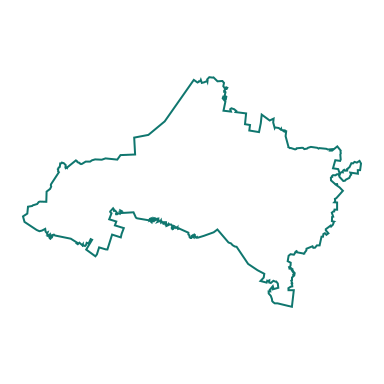 the district of Tecpatán, Chiapas, Mexico
{"feature_id": "50627088B96420175301119", "entity_name": "Tecpatán", "entity_type": "district", "adm_level": 2, "iso_a3": "MEX", "parent_name": "Mexico", "parent_adm1": "Chiapas", "projection": "albers", "projection_center": [-93.585, 17.19], "detail": "fine", "context": "isolated", "style": "outline", "palette": "teal", "viewbox_px": 384, "rotation_deg": 0, "n_neighbors": 0, "source": "geoboundaries", "source_scale": "gbopen_adm2", "svg_char_len": 5971}
<svg xmlns="http://www.w3.org/2000/svg" viewBox="0 0 384 384"><path d="M286.2,131.2L285.1,130.8L284.3,131.6L283.3,130.9L283.8,130.3L282.3,130.2L281.4,129.7L281.2,128.9L280.8,129.6L278.7,128.0L275.0,127.4L274.7,128.0L273.2,122.5L273.6,118.6L269.7,120.5L261.7,114.6L260.8,123.1L259.0,132.1L249.3,130.5L250.0,125.0L245.0,124.2L246.1,113.4L235.6,112.1L236.3,111.0L234.1,109.2L231.4,108.3L230.2,109.2L231.0,111.6L223.5,110.7L225.4,101.6L222.7,98.3L223.3,96.6L225.4,97.0L224.7,99.2L225.8,99.4L226.3,96.7L224.6,95.8L225.5,92.2L225.1,91.4L224.2,91.7L224.1,90.9L225.4,89.0L226.6,89.0L227.3,87.8L226.2,87.3L224.6,88.1L223.3,86.2L224.0,82.9L222.4,81.0L217.5,81.3L213.5,77.4L212.6,77.6L209.3,77.2L207.2,79.4L207.6,80.3L207.4,81.9L207.0,81.0L204.2,82.3L201.8,82.9L200.8,79.9L200.3,81.1L198.9,81.3L198.7,81.9L197.5,82.5L193.8,79.9L164.7,121.4L148.4,134.9L134.2,137.6L135.1,154.5L120.5,155.1L117.3,159.6L105.5,158.4L101.8,159.7L95.1,159.4L92.0,160.3L90.1,161.6L85.7,161.6L82.1,163.8L81.0,164.1L79.5,163.3L79.4,162.8L77.5,162.2L77.1,161.3L75.9,160.4L67.5,167.2L67.1,168.0L66.5,167.4L65.7,168.1L65.4,167.5L65.7,165.1L63.8,163.2L61.9,162.6L61.5,163.3L60.2,163.4L59.8,166.9L58.6,167.6L58.4,168.6L57.8,169.2L58.2,170.1L58.1,171.4L58.9,172.2L51.0,184.3L50.8,185.1L51.2,186.6L50.1,188.9L46.6,191.6L46.3,201.8L39.9,201.6L38.7,202.0L37.2,204.0L32.9,205.3L32.1,206.0L28.0,206.7L27.3,213.6L23.0,216.4L24.5,221.9L36.7,230.0L39.4,231.2L41.9,230.6L45.2,228.9L45.6,231.6L46.7,232.9L47.6,232.4L47.1,234.0L48.5,235.6L47.8,235.9L48.2,236.1L49.2,235.3L49.6,235.9L49.8,235.6L49.3,234.9L49.9,234.4L49.9,235.1L51.2,236.0L51.2,236.6L50.7,236.5L51.2,237.2L50.6,237.2L50.4,238.1L49.3,237.0L49.7,238.2L50.3,238.7L51.8,237.2L51.3,236.6L52.1,236.3L51.7,235.6L52.1,235.1L52.6,235.5L52.8,235.1L53.9,234.6L55.0,235.5L70.8,238.7L77.0,242.6L76.5,243.3L77.8,244.2L79.4,242.7L82.2,245.2L82.9,244.2L83.0,245.8L83.9,245.5L85.0,246.0L86.1,244.8L86.7,242.8L88.6,243.5L90.7,239.1L92.1,239.8L86.2,249.6L95.4,256.3L96.9,254.4L99.1,247.4L105.8,249.4L107.4,249.5L112.1,234.6L120.8,237.4L121.6,233.9L123.8,228.1L114.9,225.4L116.3,221.5L109.2,219.3L111.5,213.3L110.4,212.3L110.2,211.5L113.1,208.3L113.9,209.4L114.1,210.9L115.3,210.7L117.3,213.3L115.3,214.2L117.0,214.3L118.9,213.2L119.8,213.7L119.9,213.1L120.9,212.6L121.0,211.6L120.2,211.2L120.6,211.0L120.5,210.5L121.7,211.1L121.4,211.9L122.1,212.1L121.6,213.0L133.5,212.3L135.9,217.6L137.0,218.3L148.9,220.3L149.4,219.6L150.0,219.6L150.0,218.8L151.5,218.2L151.8,218.4L151.4,219.6L150.5,220.6L150.9,220.5L151.1,221.9L151.6,222.3L151.8,220.5L153.0,221.3L153.6,221.1L154.6,221.5L153.6,220.4L155.5,220.2L152.5,219.7L153.5,219.5L152.6,219.3L153.3,219.0L153.0,218.8L153.2,218.2L154.2,219.2L154.5,219.0L154.1,218.4L154.6,218.2L155.1,219.4L155.4,219.0L155.7,219.5L156.2,219.2L156.1,219.8L158.3,218.7L158.3,219.5L157.0,219.9L158.4,220.4L157.5,221.9L158.7,221.4L160.3,221.3L160.9,220.4L161.1,222.6L161.7,222.2L161.3,221.0L162.1,220.6L161.6,221.0L161.9,222.2L164.1,222.2L163.0,223.0L163.4,223.8L165.4,223.5L165.5,224.0L166.1,223.4L166.4,226.0L168.0,225.3L167.9,224.9L168.6,223.7L169.5,224.6L171.1,224.5L172.2,225.9L172.1,226.7L173.1,225.7L173.9,226.0L173.5,227.0L171.8,227.6L171.8,228.2L172.9,229.9L172.8,229.4L173.2,228.8L172.8,228.4L173.1,228.0L175.1,227.7L175.6,227.2L176.0,227.9L176.8,227.4L177.2,227.9L177.5,227.5L177.5,228.1L177.9,228.5L178.3,228.4L178.3,228.9L179.3,228.6L188.4,232.7L188.4,234.5L189.3,235.2L189.6,237.2L190.5,238.0L191.3,238.0L191.7,236.4L192.3,236.6L192.3,235.6L192.6,235.4L192.8,236.9L193.5,237.3L193.4,236.8L193.8,236.5L194.5,234.7L194.9,235.0L194.8,236.4L196.2,237.7L197.1,236.9L197.8,237.7L203.7,235.9L213.7,232.3L217.4,229.5L228.5,242.5L231.0,243.4L232.6,245.2L234.8,246.5L236.6,246.8L248.1,263.9L257.5,270.2L264.3,273.8L263.7,277.6L260.5,281.0L266.6,282.6L267.2,280.8L267.7,281.2L269.3,280.4L269.2,282.5L270.8,283.0L273.4,280.8L275.9,281.8L276.3,281.6L277.8,283.5L278.3,287.8L272.8,289.3L273.2,287.6L272.8,286.2L269.7,289.9L270.2,291.4L268.6,291.4L268.7,293.5L270.8,295.9L271.9,298.9L272.2,301.1L273.2,302.2L274.7,303.3L277.4,303.3L291.9,306.8L293.8,290.2L288.5,290.2L288.4,288.2L290.7,286.7L292.3,286.4L292.0,283.7L291.7,283.7L291.6,283.4L292.2,283.1L291.3,280.6L292.0,280.2L292.0,277.5L293.9,275.8L293.1,274.9L293.8,273.6L294.5,274.1L294.7,273.1L293.3,271.5L292.8,271.8L291.7,270.1L292.2,269.9L291.7,269.5L292.2,269.0L291.0,268.1L289.5,268.6L289.1,267.2L289.9,267.1L290.6,265.2L290.7,262.7L287.7,261.2L288.6,255.8L290.5,254.2L293.9,254.7L295.3,252.6L295.2,252.3L296.4,251.1L296.7,251.3L296.5,252.2L303.8,253.6L304.4,254.4L304.2,253.2L306.3,250.5L306.5,248.7L312.5,246.3L313.3,247.8L315.0,247.7L316.9,245.4L319.6,245.4L321.5,236.7L323.0,236.7L323.4,234.0L324.9,233.2L326.4,234.8L328.4,233.3L325.8,230.3L325.8,229.2L330.6,225.6L331.1,226.5L332.9,224.7L333.7,222.5L333.3,221.9L333.8,221.6L331.9,221.1L332.1,217.0L333.2,216.7L331.8,212.7L333.4,211.4L334.2,211.4L334.5,209.6L337.1,209.7L337.1,202.5L334.3,202.3L335.2,201.3L334.9,198.9L336.3,198.2L342.9,190.8L339.6,187.4L336.1,184.9L337.9,184.0L335.3,184.2L331.0,180.4L330.9,177.6L332.2,176.9L332.0,176.1L333.0,175.2L335.6,175.3L336.6,174.4L338.5,174.1L339.6,177.0L343.3,181.0L345.0,180.7L345.8,179.7L349.3,177.9L350.4,175.4L351.2,174.7L350.3,172.6L357.9,173.7L357.8,170.1L360.1,170.1L361.0,163.5L359.5,160.9L356.9,162.6L354.5,161.9L353.0,163.4L351.4,163.2L349.4,167.4L348.5,167.8L347.7,168.9L346.8,169.2L346.6,169.7L347.2,170.2L347.1,170.6L344.9,170.7L344.2,169.8L343.3,170.4L342.5,171.7L342.7,172.3L341.4,172.2L340.3,173.1L339.9,174.2L338.2,169.1L333.0,168.3L335.3,160.2L340.1,160.9L340.7,159.5L340.3,154.5L340.8,153.2L340.5,151.9L340.7,150.6L337.3,146.4L332.1,150.6L330.4,150.6L331.5,149.2L327.9,149.5L326.3,148.8L319.3,148.1L318.6,148.6L317.2,147.8L310.9,146.9L308.0,147.8L307.0,148.6L304.3,149.1L303.0,147.9L302.0,147.8L296.6,148.3L296.3,149.0L295.1,149.4L290.8,148.0L289.8,148.1L288.7,147.2L287.5,147.0L288.4,146.9L288.3,146.2L285.6,136.2L286.2,131.2Z" fill="none" stroke="#0f766e" stroke-width="2"/></svg>